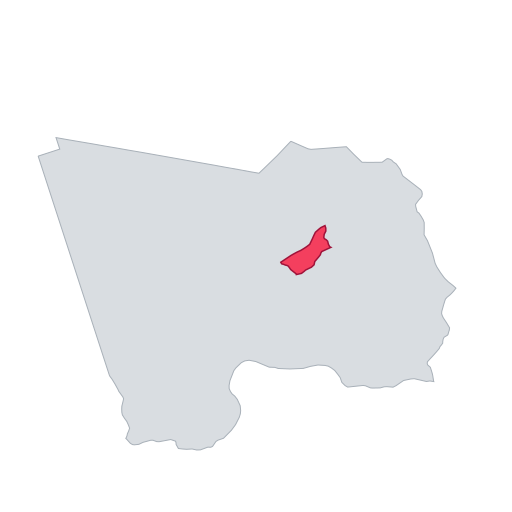 Sabha on a map of Libya (Mercator projection), rotated 162°
{"feature_id": "LBY-2971", "entity_name": "Sabha", "entity_type": "Municipality", "adm_level": 1, "iso_a3": "LBY", "parent_name": "Libya", "parent_adm1": "", "projection": "mercator", "projection_center": [14.98, 26.993], "detail": "fine", "context": "in_parent", "style": "filled", "palette": "rose", "viewbox_px": 512, "rotation_deg": 162, "n_neighbors": 0, "source": "natural_earth", "source_scale": "10m", "svg_char_len": 3794}
<svg xmlns="http://www.w3.org/2000/svg" viewBox="0 0 512 512"><g transform="rotate(162 256 256)"><path d="M80.5,160.6L83.2,159.2L87.1,157.7L89.1,156.5L89.9,155.5L92.8,151.4L94.3,149.1L96.4,146.0L97.3,143.8L97.3,141.8L97.0,139.4L95.4,133.6L94.1,127.9L95.1,125.7L95.9,124.7L97.7,122.0L98.4,121.5L102.3,120.6L103.8,118.9L105.0,116.6L105.3,115.5L107.0,114.2L109.0,113.0L110.3,111.4L114.3,108.9L118.1,106.7L122.4,104.3L125.7,102.4L126.4,100.8L126.4,99.4L124.6,96.3L124.6,92.5L124.7,89.4L124.9,87.5L125.7,82.4L125.7,81.6L129.2,83.4L132.7,84.0L143.4,90.4L146.7,91.2L154.1,92.0L162.9,89.4L166.2,88.9L171.9,91.3L174.5,92.0L178.7,92.2L186.0,94.4L187.9,95.2L192.1,98.8L194.2,99.8L209.3,103.0L211.3,105.2L213.4,109.3L213.5,114.3L214.7,118.0L216.5,122.8L218.8,126.1L221.3,128.9L224.2,130.6L230.8,133.2L238.3,134.2L245.8,134.5L258.7,138.1L269.7,142.2L272.4,144.2L277.8,146.2L288.8,155.7L294.8,159.0L299.1,159.7L302.9,159.1L309.7,155.8L312.5,153.8L319.3,145.5L321.6,141.2L322.5,138.2L322.2,135.1L321.4,132.3L319.5,129.3L318.1,125.4L317.3,118.5L318.4,113.6L319.7,110.7L321.8,107.7L327.5,102.0L333.2,97.9L343.2,92.7L349.0,92.6L351.4,92.0L356.2,88.3L358.2,88.1L360.9,89.1L368.8,88.8L372.3,89.8L376.4,92.2L381.7,93.6L385.4,95.1L389.3,96.9L390.2,101.5L389.8,102.9L389.7,104.7L393.8,107.8L405.4,109.3L407.7,110.1L410.9,112.6L413.0,113.3L421.0,113.7L425.6,113.1L430.0,114.0L431.7,114.8L433.4,116.7L435.4,121.3L436.2,122.8L435.3,123.6L434.1,125.1L433.3,126.6L431.2,128.9L429.4,131.3L429.6,135.0L430.0,138.6L431.2,142.2L432.2,146.2L431.9,148.8L431.0,152.0L430.0,154.6L426.6,160.1L426.0,161.4L426.2,163.2L428.3,169.7L428.5,171.7L429.7,177.9L430.9,183.0L432.2,187.0L432.3,188.1L432.3,193.9L432.3,199.7L432.3,205.6L432.3,211.4L432.3,217.2L432.3,223.0L432.3,228.7L432.3,234.5L432.3,240.2L432.3,246.0L432.3,251.7L432.3,257.4L432.3,263.1L432.3,268.8L432.3,274.5L432.3,280.2L432.3,285.8L432.3,291.5L432.3,297.1L432.3,302.7L432.3,308.4L432.3,314.0L432.3,319.6L432.3,325.2L432.3,330.7L432.3,336.3L432.3,341.9L432.3,347.4L432.3,353.0L432.3,358.5L432.3,364.0L432.3,369.5L432.3,381.7L432.3,393.9L432.3,406.0L432.3,418.1L432.2,418.2L432.1,418.3L426.4,418.3L420.8,418.3L415.2,418.3L409.6,418.3L409.6,421.3L409.6,424.3L409.6,427.3L409.6,430.4L398.7,424.6L387.8,418.9L376.9,413.2L366.0,407.4L355.1,401.7L344.2,395.9L333.3,390.2L322.4,384.4L311.5,378.6L300.6,372.8L289.7,367.0L278.8,361.2L267.9,355.4L257.0,349.5L246.1,343.7L235.2,337.8L227.6,333.8L219.5,337.7L213.2,340.8L204.8,344.9L195.1,350.2L187.7,354.2L187.4,354.2L187.1,354.1L179.4,347.2L173.4,341.9L170.7,340.4L159.4,337.6L148.1,334.9L136.3,332.0L134.1,327.6L131.7,322.7L128.4,316.5L126.4,312.7L125.8,312.2L116.7,309.2L107.1,306.2L101.5,308.0L100.5,307.9L98.9,306.8L97.3,305.2L96.4,303.1L94.2,300.3L92.1,293.7L91.9,288.5L91.5,286.6L86.5,279.3L81.9,272.6L78.9,268.1L78.3,266.1L78.7,263.6L79.9,261.3L84.3,258.7L88.3,255.8L88.8,253.8L89.1,248.2L87.8,246.5L86.8,243.2L85.8,238.7L85.7,235.9L87.5,230.2L89.6,224.2L88.2,217.6L87.3,204.2L87.9,193.7L87.4,189.8L87.0,188.2L85.7,183.2L84.0,178.0L83.3,176.2L81.1,172.0L77.6,166.8L75.8,163.6L78.3,161.9L80.5,160.6Z" fill="#d9dde1" stroke="#a8b0b8" stroke-width="1"/><path d="M223.4,225.9L223.3,226.6L225.0,229.1L227.2,232.4L227.8,234.5L228.5,236.5L229.4,237.4L230.9,238.3L232.4,239.6L233.9,240.5L234.4,242.2L234.4,242.4L222.6,245.7L220.2,246.2L215.9,247.0L211.6,247.5L207.5,248.5L204.7,249.3L201.3,250.5L199.4,252.5L197.1,254.9L194.7,257.6L192.2,260.2L188.1,262.0L185.5,263.0L181.0,263.6L181.0,261.0L181.9,258.1L184.4,255.6L185.8,252.7L185.6,251.3L184.3,249.9L183.3,248.0L183.5,244.7L183.0,242.0L182.1,241.1L189.7,240.2L192.1,239.9L193.5,238.7L194.4,237.3L196.6,235.8L199.0,234.3L201.8,232.6L203.5,229.7L206.8,228.2L209.2,227.9L213.3,227.3L214.7,226.6L218.1,225.4L223.4,225.9Z" fill="#f43f5e" stroke="#9f1239" stroke-width="1.5"/></g></svg>